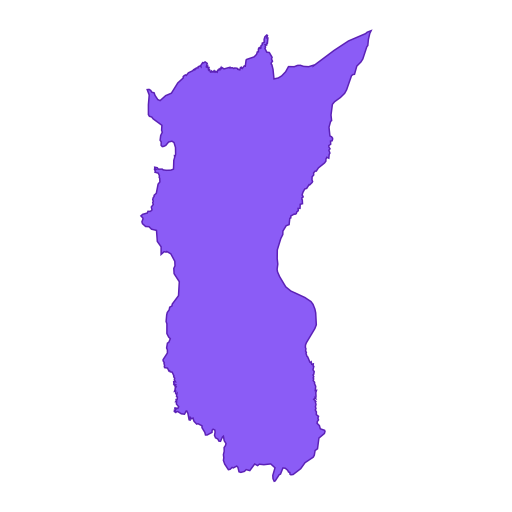 Namtumbo, Ruvuma, United Republic of Tanzania
{"feature_id": "72390352B4837835329020", "entity_name": "Namtumbo", "entity_type": "district", "adm_level": 2, "iso_a3": "TZA", "parent_name": "United Republic of Tanzania", "parent_adm1": "Ruvuma", "projection": "equal_earth", "projection_center": [36.206, -10.673], "detail": "fine", "context": "isolated", "style": "filled", "palette": "violet", "viewbox_px": 512, "rotation_deg": 0, "n_neighbors": 0, "source": "geoboundaries", "source_scale": "gbopen_adm2", "svg_char_len": 5978}
<svg xmlns="http://www.w3.org/2000/svg" viewBox="0 0 512 512"><path d="M371.1,30.7L367.2,32.2L365.6,33.6L348.4,41.0L334.1,50.4L313.4,65.9L313.5,65.2L308.6,66.7L303.6,66.4L300.4,65.3L297.5,65.4L294.3,66.7L288.5,66.6L285.6,71.8L281.7,75.9L278.2,78.0L274.0,78.9L273.0,69.3L271.9,64.8L271.2,64.0L271.2,63.0L272.5,61.2L271.5,59.0L272.1,57.3L269.3,52.5L266.8,52.2L264.9,48.4L265.5,47.5L265.2,46.3L265.8,45.6L265.2,44.7L266.7,44.9L266.9,43.2L267.4,43.2L267.9,38.0L266.7,37.9L267.5,35.5L266.8,35.0L264.9,36.8L264.1,39.4L264.2,42.2L262.2,43.2L262.4,44.7L261.1,45.5L260.8,48.2L260.0,48.5L259.7,47.5L258.9,47.9L258.4,49.1L258.4,51.8L257.3,51.9L256.6,54.3L254.1,56.9L246.7,59.4L246.1,60.0L245.3,66.2L244.3,65.9L242.3,68.4L241.3,67.3L241.0,68.1L240.4,67.8L239.8,69.9L237.7,69.3L237.7,68.6L236.8,68.2L234.6,68.0L233.8,68.5L232.5,67.8L229.9,67.9L229.9,67.3L224.0,68.9L222.2,67.7L221.5,68.4L221.1,67.4L219.9,69.8L219.2,68.9L218.3,70.3L217.7,70.2L217.2,72.2L216.3,71.6L215.8,72.1L215.0,71.1L214.4,71.8L214.0,70.8L213.0,72.0L211.8,71.2L211.9,71.9L210.5,72.1L209.6,69.9L208.9,70.4L208.4,69.8L209.0,67.6L208.0,67.7L207.8,66.5L207.3,67.4L206.3,66.9L207.2,63.4L205.1,61.9L203.4,62.9L202.7,62.6L200.8,65.4L200.9,66.6L200.2,65.9L198.2,66.7L198.1,67.8L196.2,68.0L195.8,68.9L195.0,68.8L194.7,69.9L193.6,69.6L192.8,70.7L188.4,72.8L186.3,75.4L185.4,74.9L183.6,76.1L183.1,76.9L183.3,77.9L177.8,82.9L171.4,93.2L165.7,95.6L160.1,100.6L157.8,99.6L155.0,95.4L154.1,92.8L151.8,92.2L150.7,90.4L149.1,89.4L147.2,89.6L149.2,95.0L148.4,104.7L148.4,114.6L149.4,116.3L151.7,117.0L153.2,118.9L161.9,125.3L161.6,130.3L162.3,132.2L160.7,135.5L160.1,140.2L161.2,141.9L161.1,145.3L162.3,146.6L163.7,146.4L165.8,145.4L168.6,142.0L171.9,141.2L174.0,142.5L175.5,147.5L175.6,154.4L175.3,155.7L174.5,155.6L174.7,157.2L173.8,160.3L173.5,169.1L170.7,170.2L166.2,170.3L163.2,169.9L162.2,169.1L158.4,169.2L157.2,167.7L154.7,167.2L154.8,168.7L155.8,169.4L154.6,169.5L155.3,171.2L155.0,172.2L158.3,173.2L159.4,175.7L159.2,177.4L159.7,178.2L159.9,181.9L158.1,184.1L156.3,193.3L154.1,195.3L154.2,196.3L153.2,197.7L152.7,199.7L153.3,201.2L152.7,202.6L153.3,204.4L151.3,207.0L152.0,209.9L150.4,211.4L148.0,211.3L147.3,213.0L142.7,214.3L140.9,215.9L142.8,217.9L143.0,218.9L141.9,221.8L142.5,223.7L145.6,226.5L149.0,226.7L151.5,229.2L156.5,230.4L157.3,241.4L161.1,246.8L161.1,254.4L164.1,251.7L166.2,252.1L166.8,251.5L170.8,253.8L174.8,261.3L175.0,265.8L173.8,268.4L174.1,273.7L179.3,281.7L178.5,295.7L172.3,304.0L171.9,306.0L169.7,307.2L169.2,309.8L167.3,312.4L166.7,314.8L166.1,321.5L166.9,323.8L166.9,333.6L168.7,337.1L170.3,338.7L168.9,342.1L167.4,343.2L166.6,348.0L167.4,349.9L167.4,353.0L163.1,359.6L163.1,360.8L164.3,362.8L164.0,363.6L164.6,365.4L164.3,366.5L164.6,367.6L167.5,368.1L168.9,371.0L169.6,370.7L170.1,371.8L172.2,372.2L173.9,375.9L173.7,376.8L174.7,378.1L174.3,379.8L175.5,381.8L173.7,381.7L173.9,383.8L174.7,384.3L174.0,384.7L174.8,385.5L175.7,385.2L175.1,386.7L176.1,386.8L175.0,389.0L175.4,390.3L174.8,390.4L174.5,391.3L175.6,391.0L175.6,393.2L176.4,394.4L176.9,393.8L176.5,396.5L177.4,397.0L177.1,399.7L176.1,399.6L176.2,401.0L175.7,401.7L176.6,401.8L176.4,404.0L178.7,406.8L177.8,408.4L175.0,407.9L174.9,408.5L176.1,409.0L175.2,409.6L175.2,411.4L174.4,410.7L174.3,411.5L175.8,412.5L176.5,411.7L177.9,411.6L181.3,413.8L184.5,414.2L186.2,411.0L186.8,411.0L187.9,413.4L189.1,419.8L190.1,420.1L190.3,417.4L191.6,418.8L193.0,418.1L194.0,421.3L196.7,424.1L198.0,423.7L202.0,425.8L202.0,427.7L204.8,432.3L205.5,435.0L207.1,435.0L212.0,432.4L212.1,430.2L213.1,429.2L214.8,430.0L215.1,432.1L214.5,435.3L215.5,437.8L217.8,439.0L218.9,441.1L220.5,441.3L222.5,436.9L223.4,436.2L224.2,440.7L226.0,443.5L225.5,445.5L224.1,447.6L224.2,451.3L223.4,454.7L223.8,457.7L223.4,460.3L224.7,464.1L228.4,469.7L230.1,469.3L232.1,467.4L233.3,467.9L236.7,466.1L237.9,467.3L239.0,471.8L240.8,472.4L244.4,471.4L246.2,469.6L249.8,470.6L254.7,464.0L257.6,465.6L259.3,464.2L263.9,464.7L270.7,463.9L275.0,467.8L272.8,475.4L273.0,478.7L274.2,481.3L275.2,480.9L279.2,474.7L280.5,474.1L282.9,468.0L285.2,468.2L287.7,470.3L288.5,472.0L289.8,472.4L290.0,474.2L290.9,474.8L293.1,474.5L300.7,468.7L305.0,462.7L313.3,457.1L314.3,455.2L315.1,450.5L317.5,448.8L318.9,438.1L324.4,433.5L325.0,431.4L324.6,430.3L320.3,428.8L319.4,425.6L317.1,423.3L317.3,421.5L318.5,419.9L317.9,418.1L318.5,416.3L316.3,414.6L316.4,411.9L315.3,410.0L316.0,408.4L315.4,406.9L316.0,404.5L315.3,401.6L315.8,401.3L313.7,399.3L315.0,398.3L315.7,398.6L315.1,397.4L315.8,397.5L316.0,396.3L315.8,392.6L316.5,390.3L315.3,390.5L315.7,386.3L314.5,383.6L314.6,382.3L313.2,380.6L313.7,378.9L313.1,377.9L313.8,376.8L313.0,375.0L313.7,374.4L314.2,371.6L313.0,369.8L313.8,366.4L313.1,365.9L313.3,363.9L311.7,364.3L311.2,361.9L310.5,362.6L309.9,362.2L307.7,356.9L307.0,356.4L306.0,353.4L306.4,352.4L305.6,351.1L305.9,348.6L305.4,347.4L305.5,345.0L306.4,342.7L314.9,328.5L316.3,324.8L315.7,312.9L314.9,309.1L313.0,304.3L311.0,301.6L304.9,297.5L290.8,291.0L285.7,286.8L279.6,276.6L277.5,271.8L277.1,269.3L277.8,264.1L277.2,258.7L277.3,249.9L280.8,238.5L282.8,234.5L282.9,231.1L286.2,225.7L289.1,224.6L289.8,218.3L290.8,217.9L290.8,216.0L294.3,214.0L294.9,214.3L296.3,213.6L296.7,212.0L298.3,210.7L298.1,208.4L300.0,208.4L300.2,204.3L302.5,203.7L302.3,199.8L301.8,199.2L302.0,197.7L302.9,197.3L303.1,196.3L302.3,195.6L302.2,194.6L302.9,192.4L304.7,189.0L306.7,188.4L309.1,184.6L309.7,184.9L312.1,182.5L312.6,181.5L312.0,179.9L312.1,176.8L313.7,175.0L313.6,172.8L315.2,171.1L316.3,171.1L318.4,167.9L324.5,163.0L325.9,161.1L325.9,159.2L326.8,157.3L328.8,158.2L329.2,154.3L329.9,153.1L328.9,150.2L330.0,148.8L328.9,147.0L328.8,145.6L330.7,144.2L330.5,141.1L332.1,140.8L332.6,139.3L332.6,138.2L331.6,136.8L329.9,135.9L329.0,127.2L330.6,121.4L331.6,120.6L331.0,115.0L332.4,104.3L334.6,101.7L340.4,97.5L344.6,93.4L346.6,89.8L351.5,75.7L352.8,74.6L354.5,74.3L356.8,66.1L360.9,62.0L362.8,59.0L366.8,46.8L367.8,45.5L368.4,39.4L369.8,33.4L371.1,30.7Z" fill="#8b5cf6" stroke="#5b21b6" stroke-width="1.5"/></svg>